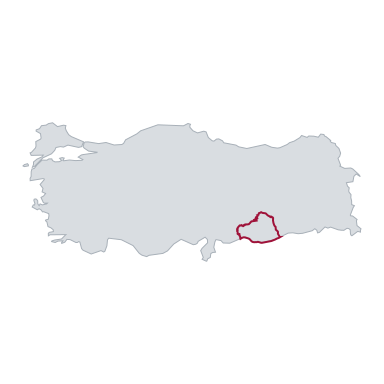 Sanliurfa highlighted on a map of Turkey
{"feature_id": "TUR-3017", "entity_name": "Sanliurfa", "entity_type": "Province", "adm_level": 1, "iso_a3": "TUR", "parent_name": "Turkey", "parent_adm1": "", "projection": "natural_earth1", "projection_center": [38.713, 37.351], "detail": "fine", "context": "in_parent", "style": "outline", "palette": "rose", "viewbox_px": 384, "rotation_deg": 0, "n_neighbors": 0, "source": "natural_earth", "source_scale": "10m", "svg_char_len": 5766}
<svg xmlns="http://www.w3.org/2000/svg" viewBox="0 0 384 384"><path d="M301.6,135.5L307.1,137.4L308.8,136.0L313.8,136.2L318.3,137.2L320.7,134.1L323.9,134.5L324.5,136.0L326.0,136.6L330.7,140.5L330.2,141.0L331.3,142.5L335.3,143.5L335.8,145.5L338.9,148.4L340.6,153.1L339.7,156.3L338.0,158.3L340.6,165.2L339.8,166.1L344.7,168.4L350.8,168.0L352.8,169.0L358.8,174.5L360.3,176.6L356.2,174.0L353.9,176.3L352.9,181.7L346.4,182.7L347.5,186.2L349.2,187.8L348.7,191.1L349.2,192.4L351.0,194.6L350.8,197.6L351.6,200.8L351.7,204.6L354.4,205.7L353.2,207.5L350.3,215.1L350.6,215.8L352.6,216.0L357.1,219.5L356.4,220.7L357.0,225.6L361.0,228.8L360.4,230.4L360.5,232.1L357.7,231.4L352.0,235.7L351.3,235.6L350.5,234.1L350.2,229.7L348.8,228.6L347.0,228.3L343.9,230.3L341.1,230.2L338.2,229.8L330.6,227.1L327.9,228.1L325.0,227.0L319.4,232.4L317.6,232.9L316.8,230.2L314.8,228.7L312.3,230.7L302.6,233.3L298.1,233.7L292.7,232.8L288.2,233.1L275.9,239.1L264.1,242.3L253.6,242.1L247.8,238.3L243.3,237.4L229.8,243.2L223.2,243.0L221.0,240.6L216.0,239.6L214.9,241.9L213.8,247.3L215.5,252.2L212.6,252.5L210.8,253.6L210.3,257.4L207.7,258.8L206.8,261.1L206.3,261.2L202.1,259.3L203.3,257.5L200.7,250.6L202.0,248.4L207.6,242.8L207.4,239.5L205.1,237.2L198.1,241.4L197.5,243.0L195.9,244.2L193.3,244.7L181.1,239.3L173.8,244.0L167.5,250.9L162.9,253.4L149.1,255.3L146.7,256.6L142.0,255.2L139.3,253.4L133.1,245.6L121.3,239.7L108.7,238.2L107.5,239.8L106.9,245.8L104.8,251.4L103.7,252.0L101.0,250.6L91.2,254.0L83.0,250.2L81.6,248.6L79.9,242.1L78.7,241.6L77.3,242.5L75.9,242.5L70.1,239.6L66.9,239.4L64.8,242.2L61.7,243.4L61.6,242.6L62.9,240.8L57.9,241.1L55.2,242.5L51.6,241.6L51.9,240.9L54.8,240.0L61.5,239.0L65.9,234.6L50.0,234.8L48.4,235.8L48.3,233.5L49.2,232.4L53.4,231.6L53.2,229.7L50.7,227.7L48.0,226.6L46.9,221.9L45.5,220.7L45.7,220.0L48.3,219.2L49.0,215.7L48.7,213.6L43.6,211.7L42.5,211.9L41.3,210.1L39.1,208.7L37.3,209.8L32.2,207.0L33.3,204.9L34.6,205.0L34.9,203.4L33.9,200.7L34.1,199.3L35.2,198.9L36.5,199.2L37.7,200.8L37.8,203.9L39.1,205.7L40.1,203.9L42.4,204.9L46.7,203.9L47.5,203.1L44.4,203.2L43.3,202.5L41.0,197.4L43.6,196.0L45.6,193.5L42.1,191.9L43.0,188.4L40.1,184.5L44.3,179.6L44.2,178.9L42.9,178.6L30.2,180.7L30.1,178.4L31.1,176.5L31.2,171.7L31.9,169.1L34.3,168.4L37.3,164.6L42.1,160.1L46.9,160.2L48.9,158.9L51.8,158.9L52.5,160.6L55.0,161.9L59.4,161.7L61.6,160.5L59.6,158.3L62.2,157.6L64.2,158.1L63.0,160.5L63.6,160.8L69.4,160.0L75.4,160.6L82.0,160.3L82.9,159.6L78.2,157.1L81.3,155.0L83.0,154.6L97.0,152.6L97.1,152.2L88.6,151.1L84.3,148.2L83.1,146.7L84.1,143.0L85.1,142.0L88.2,141.9L98.6,143.6L106.0,142.5L114.1,145.0L121.9,144.5L123.6,143.4L125.6,139.8L136.8,133.9L140.7,130.8L157.9,124.8L183.5,125.8L188.0,123.5L190.5,124.3L189.8,125.8L189.9,127.3L193.0,130.8L197.5,132.9L203.8,131.2L206.1,131.9L208.3,137.5L212.2,140.8L214.0,141.1L216.5,139.1L218.8,138.9L222.5,140.8L223.8,142.8L236.0,145.1L238.6,146.8L246.8,148.5L265.1,144.5L271.8,147.3L277.5,148.1L279.9,147.7L287.2,144.5L289.5,142.7L294.2,141.1L299.9,137.6L301.6,135.5ZM65.9,125.6L65.3,128.1L66.3,130.8L68.7,134.7L71.3,136.6L83.5,141.8L81.6,146.7L78.5,147.4L67.9,145.1L63.5,147.1L60.4,146.6L56.0,147.5L54.7,150.4L51.5,153.8L42.8,157.9L34.7,166.2L32.4,167.3L33.5,164.5L33.5,162.0L37.0,159.1L41.9,156.9L43.3,155.1L31.2,155.4L30.1,152.9L31.4,152.4L35.5,147.9L36.0,146.1L35.8,141.6L40.6,139.1L41.1,138.0L40.5,133.6L36.1,131.1L36.2,129.9L39.5,128.7L41.5,125.7L46.2,125.1L48.5,123.6L52.6,122.8L57.5,126.6L63.5,125.2L65.9,125.6ZM28.3,165.9L24.3,166.6L23.0,165.9L24.4,164.6L27.5,163.7L28.5,165.0L28.3,165.9Z" fill="#d9dde1" stroke="#a8b0b8" stroke-width="1"/><path d="M265.6,242.1L262.0,242.8L261.1,242.8L258.3,241.9L257.4,241.9L257.0,242.1L254.1,242.2L252.8,242.0L251.8,241.5L251.2,240.9L249.4,238.9L248.5,238.5L245.1,237.4L243.9,237.3L243.3,237.4L242.1,237.8L240.4,238.9L240.3,238.7L240.3,238.4L240.3,238.1L240.6,237.9L240.6,237.7L240.2,237.4L240.2,237.2L240.1,236.4L240.1,236.2L239.6,235.8L239.3,235.5L239.3,235.3L239.3,234.9L239.5,234.4L239.5,234.1L239.3,234.0L239.1,234.1L238.7,234.3L238.4,234.2L238.2,234.0L238.0,233.9L237.8,234.0L237.6,233.8L237.6,233.5L237.7,232.9L237.7,232.4L237.7,232.2L237.6,231.9L237.3,231.4L237.1,231.1L237.1,230.8L237.2,230.4L237.3,230.2L237.5,230.3L237.6,230.5L237.7,230.1L237.6,229.7L237.3,229.5L237.1,229.3L237.3,228.5L237.4,228.3L237.5,228.2L237.8,228.1L237.9,227.5L238.1,227.2L238.7,226.6L239.5,225.6L239.8,225.4L240.0,225.4L240.4,225.4L240.7,225.4L240.9,225.6L241.1,225.6L241.6,225.2L241.9,225.5L242.2,225.6L243.0,225.8L243.1,226.1L243.3,226.1L243.5,225.9L243.4,225.6L243.5,225.3L243.6,225.2L244.4,225.3L244.7,225.2L244.8,224.7L245.0,224.7L246.0,224.3L246.6,224.5L248.8,224.2L249.1,223.9L250.2,222.8L250.4,222.4L250.6,222.3L251.4,221.4L255.4,220.8L254.5,220.2L254.2,219.8L254.6,219.6L254.8,219.9L255.1,219.9L255.3,219.8L255.4,219.7L255.5,219.5L255.6,219.4L256.0,219.6L256.3,219.6L255.9,219.0L255.8,218.8L256.0,218.6L256.4,218.5L256.8,218.5L257.1,218.4L256.9,218.1L256.9,217.5L256.7,217.3L256.0,217.7L255.8,217.8L255.9,217.4L256.1,217.2L256.3,217.0L256.6,216.9L256.8,216.9L257.1,217.0L257.3,216.9L257.4,216.7L257.2,216.4L257.4,216.1L257.5,215.8L257.5,215.5L257.3,215.2L258.2,214.9L258.5,214.8L258.6,214.4L258.7,213.7L258.8,213.4L259.0,213.1L259.3,213.0L260.4,212.7L261.1,212.2L262.5,212.9L263.9,213.1L265.0,213.2L266.0,213.6L267.0,214.7L268.2,215.7L268.8,216.0L269.3,216.2L270.0,216.8L270.9,217.2L271.1,216.9L271.2,216.6L271.7,216.8L272.2,217.2L272.5,217.4L272.8,217.5L273.1,218.0L273.0,220.4L273.3,222.1L273.4,222.7L273.5,223.1L274.1,224.9L274.7,226.0L275.6,226.9L275.8,229.6L276.3,230.1L276.9,230.6L277.8,231.5L278.0,232.0L277.9,233.7L279.5,236.5L280.2,237.0L280.3,237.0L279.0,237.8L278.3,238.1L277.7,238.3L277.0,238.5L275.2,239.5L271.4,241.0L265.6,242.1Z" fill="none" stroke="#9f1239" stroke-width="2"/></svg>